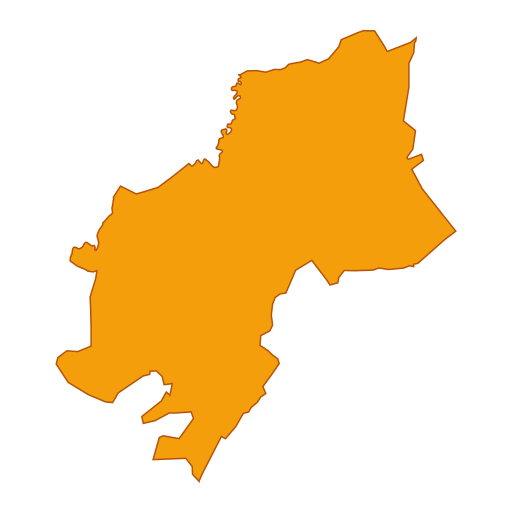 Darazo, Bauchi, Nigeria
{"feature_id": "59680162B8258215962885", "entity_name": "Darazo", "entity_type": "district", "adm_level": 2, "iso_a3": "NGA", "parent_name": "Nigeria", "parent_adm1": "Bauchi", "projection": "robinson", "projection_center": [10.571, 11.108], "detail": "fine", "context": "isolated", "style": "filled", "palette": "amber", "viewbox_px": 512, "rotation_deg": 0, "n_neighbors": 0, "source": "geoboundaries", "source_scale": "gbopen_adm2", "svg_char_len": 4521}
<svg xmlns="http://www.w3.org/2000/svg" viewBox="0 0 512 512"><path d="M300.9,62.0L291.0,63.7L288.6,64.4L285.1,67.9L280.6,69.6L274.4,69.4L265.9,72.2L261.1,71.4L256.7,70.6L247.2,70.9L240.1,74.8L238.9,74.7L239.2,75.3L240.0,75.8L240.9,76.5L241.1,77.3L240.5,78.0L238.6,78.6L238.1,79.8L238.0,80.8L238.7,81.4L239.9,81.3L241.0,82.2L241.2,83.0L241.1,84.2L240.3,84.6L239.0,83.7L238.1,83.0L236.9,83.1L236.3,84.7L236.2,85.7L235.2,86.3L234.1,86.4L232.5,86.8L231.6,87.8L231.4,88.9L231.8,90.1L232.3,90.3L233.1,90.6L235.1,90.3L236.3,90.5L237.1,91.1L237.3,92.2L236.6,93.8L235.4,95.1L234.1,96.5L233.5,97.9L233.7,98.9L234.5,99.1L235.3,98.6L236.1,97.5L237.9,95.8L239.5,95.7L240.2,96.3L240.5,97.7L239.8,98.6L239.0,99.0L237.8,99.7L236.8,100.6L236.5,101.6L236.4,103.3L237.2,105.1L237.4,106.3L237.4,107.7L236.4,110.1L235.2,110.6L234.4,110.7L233.6,110.5L232.7,110.4L231.8,110.1L230.9,110.3L230.4,111.5L231.3,113.4L232.2,114.0L233.3,114.3L234.2,114.4L234.8,115.4L234.7,116.1L234.9,117.1L235.2,117.6L235.5,118.3L234.1,119.4L232.9,119.9L232.2,120.8L231.9,122.1L231.3,123.5L230.4,124.1L229.2,124.1L228.0,124.1L227.3,125.4L227.1,126.5L227.3,126.9L227.9,127.6L228.9,127.6L230.3,127.8L231.2,128.4L231.6,129.8L231.1,131.2L230.4,132.3L229.1,133.3L228.1,134.2L226.9,134.4L226.3,133.8L226.3,133.3L226.4,132.2L226.8,130.6L226.6,129.5L225.7,128.9L224.5,129.2L223.3,129.6L222.3,129.9L221.3,130.5L221.3,132.4L222.1,133.6L222.6,134.7L223.3,135.7L223.3,136.9L222.5,138.0L221.0,138.1L219.7,138.6L219.3,139.2L218.7,139.9L219.0,141.2L218.6,142.8L218.1,144.4L217.6,146.0L217.2,146.9L216.5,147.0L216.3,147.8L216.4,148.7L217.3,149.1L218.4,149.3L220.6,149.8L221.6,150.2L222.5,150.8L222.4,151.8L220.8,153.2L219.7,154.2L219.2,155.7L219.6,157.4L219.5,159.3L219.4,161.3L218.9,163.0L218.5,166.1L217.8,166.9L216.8,167.1L216.4,167.2L215.2,167.3L214.3,167.5L212.7,166.4L211.5,165.3L210.5,163.9L209.4,162.6L208.4,161.6L207.2,160.7L206.2,159.9L205.3,159.2L204.4,159.0L203.6,160.2L203.1,161.6L202.8,162.9L202.0,163.5L200.5,163.0L199.9,162.1L198.9,160.9L198.4,160.0L196.7,160.6L195.8,162.5L194.8,163.9L192.8,165.8L191.5,166.0L188.8,163.5L187.0,165.1L172.2,176.8L157.9,187.5L150.3,189.8L144.8,191.5L140.7,192.7L136.3,194.0L120.5,186.1L113.3,197.4L113.3,197.5L113.7,198.8L113.1,200.9L113.1,203.0L112.5,204.4L112.6,205.8L111.9,207.9L112.6,212.8L110.8,214.9L109.5,215.6L107.0,218.4L105.2,220.6L104.6,221.2L102.9,222.8L102.7,224.8L101.5,226.9L99.7,229.0L99.0,230.4L98.4,231.8L97.2,234.7L97.2,236.8L97.6,238.2L98.7,242.4L98.5,244.2L98.1,245.8L97.1,248.6L96.3,250.0L95.4,250.4L94.8,249.6L95.2,247.8L94.7,246.2L94.1,245.4L91.9,245.9L90.7,245.2L88.9,243.9L87.1,242.5L85.4,242.5L84.5,243.3L83.9,244.4L82.9,246.4L81.9,247.5L81.3,247.9L81.2,247.9L79.4,248.8L78.2,248.7L76.7,247.8L75.1,247.2L73.7,247.4L72.9,248.4L72.6,249.7L72.3,250.9L72.1,252.7L71.8,254.5L71.2,255.0L71.0,256.2L70.5,256.8L70.3,258.5L70.2,261.0L77.5,266.2L86.4,269.9L87.9,271.2L93.2,271.9L96.9,270.7L95.7,278.6L90.1,297.0L90.7,310.1L91.1,328.3L91.1,346.1L77.6,351.6L66.9,350.8L57.9,357.5L56.2,364.0L68.2,382.4L88.3,394.6L105.5,401.9L112.6,402.6L118.3,392.8L143.3,375.9L149.7,374.4L150.1,371.2L156.4,370.9L162.2,376.5L164.1,384.7L172.3,383.6L169.9,395.3L166.3,392.0L161.4,400.9L141.8,416.5L143.3,423.4L155.2,420.6L169.2,413.0L175.0,413.0L191.2,411.9L191.7,413.5L193.5,418.5L179.1,438.6L163.1,435.8L159.3,437.5L158.0,442.1L153.1,459.6L185.8,458.3L192.2,466.6L192.5,474.2L199.0,481.3L199.0,481.2L202.1,474.2L203.9,470.5L221.4,436.5L225.5,438.7L231.1,432.0L235.7,426.7L243.3,413.4L248.7,411.9L251.2,407.4L257.5,402.1L260.8,396.9L265.8,393.6L262.9,386.5L271.9,374.2L279.2,363.6L277.8,358.9L271.5,354.2L268.5,351.0L260.0,345.4L260.8,335.6L269.9,330.8L272.6,325.1L271.3,315.2L272.5,304.5L275.1,297.5L280.2,293.9L285.9,293.0L295.6,270.2L311.8,260.4L327.0,280.3L329.9,285.0L337.6,282.9L337.8,282.8L338.8,277.5L344.2,270.5L355.5,270.7L373.1,270.1L378.9,268.0L388.4,269.5L403.4,268.1L409.6,265.8L413.7,266.6L413.5,264.3L417.9,263.3L429.3,253.2L445.5,238.9L455.8,231.2L441.5,213.2L433.3,202.8L422.2,188.8L411.8,169.2L423.4,160.4L421.5,154.3L408.9,159.1L408.0,159.0L407.5,158.6L407.0,157.3L412.8,149.1L414.8,135.6L415.5,130.6L403.4,120.9L408.9,87.2L408.9,82.6L408.9,63.2L409.7,61.5L410.6,59.6L411.5,57.6L413.7,52.7L413.9,50.8L414.1,47.6L414.5,42.9L415.2,41.8L415.7,41.2L416.2,37.8L410.9,42.2L409.6,42.8L403.4,45.2L397.8,47.4L387.2,51.5L384.9,47.2L381.4,41.6L374.6,30.9L363.4,30.7L357.9,32.6L341.2,39.7L338.9,46.6L328.6,58.8L318.6,63.4L317.6,62.7L307.4,59.6L304.3,60.7L300.9,62.0Z" fill="#f59e0b" stroke="#b45309" stroke-width="1.5"/></svg>